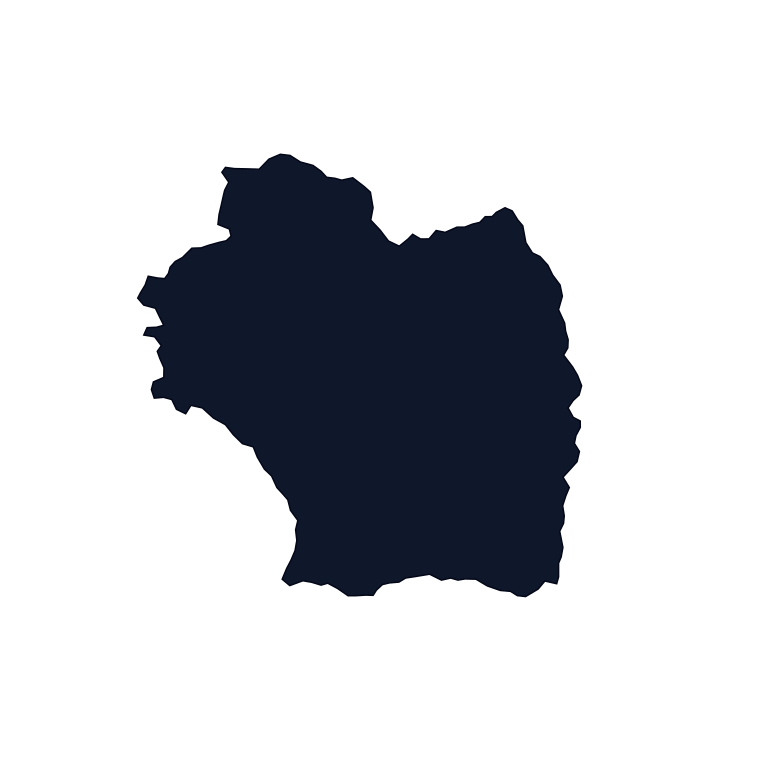 Porangaba, São Paulo, Brazil, rotated 310°
{"feature_id": "56859067B5934992032080", "entity_name": "Porangaba", "entity_type": "district", "adm_level": 2, "iso_a3": "BRA", "parent_name": "Brazil", "parent_adm1": "São Paulo", "projection": "equal_earth", "projection_center": [-48.121, -23.176], "detail": "fine", "context": "isolated", "style": "filled", "palette": "ink", "viewbox_px": 768, "rotation_deg": 310, "n_neighbors": 0, "source": "geoboundaries", "source_scale": "gbopen_adm2", "svg_char_len": 2235}
<svg xmlns="http://www.w3.org/2000/svg" viewBox="0 0 768 768"><g transform="rotate(310 384 384)"><path d="M169.0,441.4L181.1,448.3L185.6,456.0L189.5,465.1L195.2,468.9L197.5,479.8L198.7,492.6L204.0,498.8L210.8,506.0L215.1,511.5L221.3,510.7L229.3,511.7L235.0,515.9L241.9,522.8L249.3,525.3L256.1,531.3L267.6,541.2L270.7,554.1L278.2,559.8L281.3,566.7L286.8,571.4L293.6,579.9L295.7,592.9L300.6,605.8L306.5,614.2L307.6,622.2L312.2,629.1L326.0,633.9L336.5,633.9L342.0,644.7L348.5,641.7L359.0,632.9L365.4,630.9L373.8,626.1L384.2,613.2L392.7,611.1L398.9,606.8L405.6,599.1L415.2,595.2L423.8,592.5L427.7,581.0L439.4,581.5L448.6,581.8L457.9,577.1L460.9,568.0L467.9,564.2L476.9,562.3L481.8,558.1L480.1,550.4L484.0,540.4L492.7,539.5L501.0,540.5L509.7,536.5L515.1,526.6L518.3,517.6L521.6,503.0L529.8,501.6L536.3,496.6L541.2,489.2L546.8,483.2L553.1,469.9L565.9,464.2L573.0,455.3L575.9,443.1L580.3,433.2L581.9,421.6L579.8,413.4L583.5,401.8L594.4,388.6L595.7,380.9L599.0,371.0L596.8,363.4L587.7,359.7L581.7,359.2L577.2,354.0L569.4,353.5L563.3,349.0L556.0,345.0L551.1,339.1L539.5,333.4L535.1,325.3L524.1,325.2L518.6,318.8L517.1,309.7L510.3,309.2L499.4,307.1L496.4,295.5L499.4,282.1L501.0,268.5L512.0,262.3L522.2,250.3L522.5,242.1L521.9,227.5L513.0,220.6L510.0,214.1L505.5,207.2L506.5,199.0L505.8,189.1L500.3,177.2L498.7,165.1L493.3,156.9L482.3,151.3L468.3,150.3L460.2,140.1L452.9,131.0L448.0,123.3L442.0,123.7L438.8,135.4L430.0,137.4L424.0,140.4L416.5,144.3L407.8,148.7L399.5,154.2L403.3,165.9L399.0,171.8L392.4,171.1L386.7,166.8L377.4,160.4L370.7,156.4L364.5,149.5L351.3,148.3L343.6,145.3L336.0,145.1L330.1,147.8L323.7,148.2L319.6,142.3L315.0,134.1L306.3,137.4L297.3,138.8L291.5,140.1L290.0,149.2L295.1,160.2L291.2,168.8L287.4,177.5L281.3,173.3L274.9,166.3L267.1,168.5L272.7,177.9L270.2,188.8L263.3,189.3L259.4,196.0L255.0,205.0L247.5,211.1L237.4,206.0L230.2,209.4L225.5,217.1L232.1,223.7L235.7,231.4L231.2,241.3L233.7,251.2L243.5,249.8L248.9,260.2L248.3,275.3L250.9,288.6L248.3,301.2L247.3,313.9L251.8,324.3L246.6,333.9L241.9,347.1L241.3,357.0L235.8,368.6L234.8,376.5L233.5,384.7L227.1,393.6L224.1,405.7L215.5,410.0L208.1,417.8L199.1,423.0L189.2,426.0L180.1,428.0L169.0,431.5L169.0,441.4Z" fill="#0f172a" stroke="#020617" stroke-width="1.5"/></g></svg>